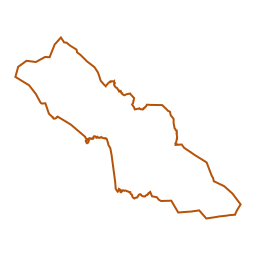 outline of Tolga nor, Hedmark, Norway
{"feature_id": "86288312B77330418137149", "entity_name": "Tolga nor", "entity_type": "district", "adm_level": 2, "iso_a3": "NOR", "parent_name": "Norway", "parent_adm1": "Hedmark", "projection": "albers", "projection_center": [11.024, 62.372], "detail": "fine", "context": "isolated", "style": "outline", "palette": "amber", "viewbox_px": 256, "rotation_deg": 0, "n_neighbors": 0, "source": "geoboundaries", "source_scale": "gbopen_adm2", "svg_char_len": 5346}
<svg xmlns="http://www.w3.org/2000/svg" viewBox="0 0 256 256"><path d="M240.6,204.4L232.4,193.5L224.2,186.2L213.8,181.2L213.1,178.1L211.7,175.7L206.6,162.4L194.4,154.8L191.7,152.9L184.1,147.8L181.7,144.5L176.2,144.9L176.7,144.2L176.3,144.1L175.8,144.2L175.5,144.2L175.4,144.1L175.5,143.8L175.4,143.7L175.6,143.3L175.7,142.9L175.9,142.4L176.1,142.2L176.3,141.8L176.4,141.3L176.5,140.6L176.5,140.3L176.7,139.9L176.9,139.5L177.0,139.0L176.8,138.7L177.1,138.3L177.0,137.9L177.1,136.7L176.9,135.5L176.8,135.0L176.7,134.8L176.8,133.6L176.6,133.4L176.8,133.0L176.9,132.7L176.6,132.1L176.8,131.0L176.8,130.7L176.4,130.7L176.0,130.3L175.9,130.2L175.6,130.0L175.4,129.2L174.9,128.5L174.6,128.3L173.6,123.0L173.6,118.9L170.9,115.5L170.3,113.8L170.1,112.0L168.8,111.1L168.0,110.9L166.2,108.9L162.2,105.1L151.0,104.9L146.9,104.7L146.5,105.3L146.4,105.5L146.3,105.8L146.3,106.0L146.0,106.4L145.6,106.7L145.5,106.9L145.2,107.3L144.9,107.3L144.8,107.5L144.6,107.5L144.2,108.0L143.8,108.1L143.8,108.4L143.6,108.8L143.4,108.8L143.3,109.2L143.0,109.3L142.7,109.5L141.8,109.3L141.6,109.2L141.0,109.3L140.6,109.1L140.2,109.1L139.9,108.8L139.6,108.7L139.4,108.3L138.7,108.6L134.8,109.4L134.6,109.0L134.6,108.8L134.2,107.8L134.0,107.3L133.5,106.5L133.3,106.3L132.6,105.2L132.1,104.6L132.4,104.0L133.0,103.2L133.1,102.7L133.4,101.7L133.3,101.3L133.4,100.9L133.5,100.7L133.8,100.2L133.8,99.8L133.8,99.4L134.0,98.3L134.1,98.1L130.5,94.2L130.1,93.5L126.4,94.3L124.4,95.3L122.5,94.3L122.3,93.6L122.3,93.3L122.0,93.2L121.9,93.5L121.6,93.3L121.3,92.8L121.4,92.6L121.0,92.1L121.0,91.9L120.9,91.8L120.9,91.7L120.7,91.7L120.6,91.4L120.5,91.0L120.1,91.2L120.1,91.3L119.7,91.6L119.0,91.5L119.0,90.6L118.3,89.7L117.8,89.6L117.2,88.2L116.9,87.9L116.3,87.7L115.9,87.5L115.5,87.0L115.3,86.9L115.2,86.7L115.0,86.4L114.9,86.3L114.7,86.1L114.7,85.9L114.4,85.6L114.4,85.4L114.2,85.1L114.3,84.9L114.3,84.7L114.2,84.5L114.1,84.1L114.4,83.9L114.6,83.6L114.7,83.3L114.9,83.1L114.8,82.9L114.6,82.7L114.2,82.5L114.1,82.3L114.0,82.1L114.1,81.9L114.1,81.7L114.1,81.4L113.9,81.6L113.8,81.4L113.5,81.5L113.3,81.3L113.0,81.2L112.6,81.3L111.9,81.3L111.3,81.3L110.9,81.2L110.1,81.5L110.0,81.9L110.1,82.1L109.5,82.2L108.6,82.7L108.2,83.2L106.8,84.8L106.7,85.1L105.9,85.6L105.7,86.2L104.2,84.8L103.7,84.2L101.5,81.7L100.9,81.1L100.3,79.6L99.9,78.6L99.7,77.5L97.9,72.4L94.5,67.2L87.0,61.4L80.6,55.0L77.1,52.4L76.5,49.6L70.4,45.8L69.0,44.7L66.7,42.7L64.1,42.4L64.0,42.2L60.9,37.5L55.5,43.6L54.8,44.2L49.6,57.2L45.0,57.0L35.9,62.0L26.5,60.8L18.2,66.8L15.4,76.9L29.1,85.3L35.8,93.9L40.0,101.6L40.4,102.3L40.7,102.8L41.3,103.3L41.8,103.5L42.5,103.5L45.4,103.3L48.9,113.7L52.6,117.2L52.9,117.3L52.9,117.8L53.4,118.2L53.6,118.6L55.1,118.6L55.5,118.3L56.3,117.9L56.5,117.6L56.9,117.4L57.0,117.0L57.6,116.6L70.7,124.5L85.2,136.8L85.2,137.0L85.3,137.2L85.3,137.4L85.4,137.5L85.7,138.2L86.3,138.7L86.6,138.8L86.8,139.1L87.0,139.1L86.7,139.7L86.7,139.9L86.4,139.8L86.2,140.3L85.8,140.7L85.9,141.1L85.9,141.4L86.2,141.7L86.3,142.3L86.6,142.7L86.7,143.0L86.9,143.2L87.0,143.1L87.4,142.9L87.7,142.9L88.2,142.5L88.3,142.2L88.9,140.4L88.2,139.8L89.2,138.8L89.1,138.6L89.4,138.5L89.3,138.3L89.4,138.1L89.8,138.1L90.4,138.5L90.7,138.5L90.9,138.5L91.0,138.9L91.1,139.0L91.3,138.9L91.4,138.7L91.8,138.9L92.0,138.7L91.9,138.6L92.0,138.5L92.4,138.3L92.9,138.4L92.9,138.5L92.9,138.8L93.0,138.8L93.1,138.7L93.5,138.2L93.2,137.9L93.4,137.5L93.4,137.1L94.0,136.3L94.4,136.5L94.9,136.3L95.4,136.4L95.6,136.5L95.9,137.0L96.1,137.3L96.3,137.7L96.6,137.8L96.9,137.6L97.0,137.5L97.1,137.0L97.4,136.8L97.7,137.2L97.9,137.4L98.1,137.7L98.7,137.6L99.3,137.9L99.6,137.8L99.8,137.6L100.2,137.7L100.6,137.4L100.8,137.3L101.1,137.1L101.3,137.4L101.6,137.4L102.0,137.6L102.3,137.6L103.0,138.1L104.1,138.2L104.4,138.4L104.6,138.2L104.9,138.1L105.7,138.2L105.9,138.4L106.1,138.5L106.4,138.9L106.4,139.0L106.6,139.0L106.9,139.2L106.9,139.3L108.3,144.0L108.3,144.8L110.3,148.1L111.6,155.1L115.2,182.1L115.6,187.2L115.7,188.8L117.6,191.7L118.4,191.4L118.9,188.9L119.8,189.4L120.2,189.8L120.5,190.1L120.4,190.4L120.6,190.6L120.6,190.8L120.7,191.0L120.8,191.4L120.8,191.5L120.7,191.9L120.7,192.2L121.0,192.3L121.4,191.9L121.7,191.4L122.1,191.3L122.2,191.2L122.2,190.6L122.3,190.4L122.7,190.5L123.1,190.3L123.9,190.5L124.2,190.8L124.6,190.7L125.1,190.5L126.3,190.8L126.6,190.9L126.7,191.1L127.4,191.3L127.8,191.3L128.0,191.4L128.1,191.6L128.3,191.7L128.9,191.9L129.2,192.2L129.5,192.2L129.8,192.0L130.0,192.0L130.3,192.2L130.3,192.3L130.4,193.2L130.6,193.8L131.5,194.4L132.1,194.9L132.1,195.1L132.1,195.8L132.7,197.3L134.2,198.5L134.6,198.4L135.0,198.0L135.2,197.8L136.0,197.8L136.4,197.6L136.8,197.6L137.0,197.5L137.2,197.2L137.5,197.2L137.6,196.7L138.0,196.0L138.3,195.8L138.4,195.4L138.8,194.9L139.2,194.7L139.4,194.4L139.6,194.3L140.1,194.5L140.2,194.4L140.5,194.5L140.7,194.4L141.0,194.8L141.4,195.2L141.5,195.4L142.3,196.1L143.1,196.3L143.7,196.5L144.0,196.4L144.4,196.5L144.7,196.3L145.0,196.4L145.6,195.9L145.9,195.5L146.4,195.2L146.6,194.9L146.8,194.8L147.2,194.9L147.6,194.6L147.9,194.4L148.0,194.1L148.6,193.6L148.4,193.3L148.5,193.1L148.9,193.0L149.6,192.6L149.7,192.3L150.2,191.9L152.0,196.3L156.8,197.2L158.9,199.8L161.1,201.0L171.3,200.7L178.2,212.5L191.5,211.5L199.2,210.4L206.3,218.5L216.9,216.9L218.7,216.5L225.6,215.8L229.1,215.2L235.1,214.7L235.4,213.6L237.4,209.6L240.6,204.4Z" fill="none" stroke="#b45309" stroke-width="2"/></svg>